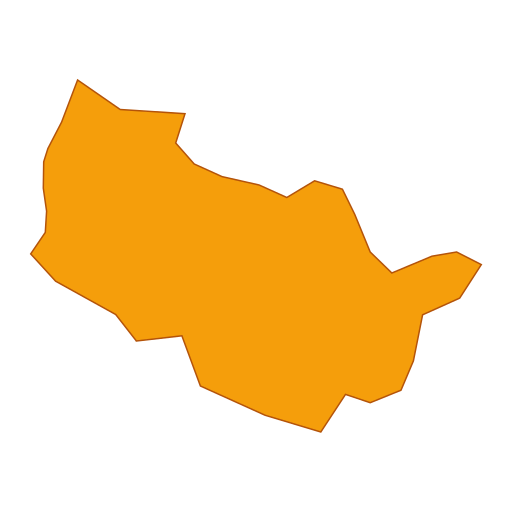 outline of Dečani
{"feature_id": "KOS-5889", "entity_name": "Dečani", "entity_type": "District", "adm_level": 1, "iso_a3": "XKX", "parent_name": "Kosovo", "parent_adm1": "", "projection": "mercator", "projection_center": [20.231, 42.545], "detail": "fine", "context": "isolated", "style": "filled", "palette": "amber", "viewbox_px": 512, "rotation_deg": 0, "n_neighbors": 0, "source": "natural_earth", "source_scale": "10m", "svg_char_len": 590}
<svg xmlns="http://www.w3.org/2000/svg" viewBox="0 0 512 512"><path d="M136.0,340.5L115.7,314.5L55.6,281.2L30.7,253.9L45.3,232.4L46.6,211.2L43.3,188.2L43.7,161.8L47.9,148.5L61.6,122.1L77.6,80.0L120.2,109.5L185.0,113.7L175.7,143.0L194.2,164.0L222.0,176.6L259.1,185.0L286.8,197.5L314.6,180.8L342.4,189.2L354.7,214.3L370.2,252.0L391.8,273.0L431.9,256.2L456.6,252.0L481.3,264.6L459.7,298.1L422.6,314.8L413.4,360.9L401.0,390.2L370.2,402.7L345.5,394.4L320.8,432.0L265.2,415.3L200.4,386.0L181.9,335.8L136.3,341.0L136.2,340.7L136.0,340.5Z" fill="#f59e0b" stroke="#b45309" stroke-width="1.5"/></svg>